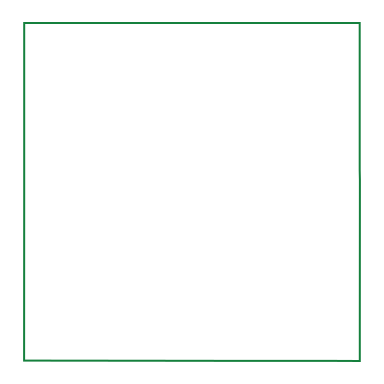 outline of Belyuen, Northern Territory, Australia
{"feature_id": "25037944B37494903355321", "entity_name": "Belyuen", "entity_type": "district", "adm_level": 2, "iso_a3": "AUS", "parent_name": "Australia", "parent_adm1": "Northern Territory", "projection": "albers", "projection_center": [130.693, -12.538], "detail": "fine", "context": "isolated", "style": "outline", "palette": "green", "viewbox_px": 384, "rotation_deg": 0, "n_neighbors": 0, "source": "geoboundaries", "source_scale": "gbopen_adm2", "svg_char_len": 323}
<svg xmlns="http://www.w3.org/2000/svg" viewBox="0 0 384 384"><path d="M252.0,360.9L336.8,360.9L359.8,361.0L359.8,331.0L359.9,179.8L359.7,170.2L359.7,166.0L359.7,153.0L359.7,105.8L359.7,23.0L194.7,23.0L24.2,23.0L24.2,55.6L24.2,194.7L24.1,360.6L194.7,360.8L252.0,360.9Z" fill="none" stroke="#15803d" stroke-width="2"/></svg>